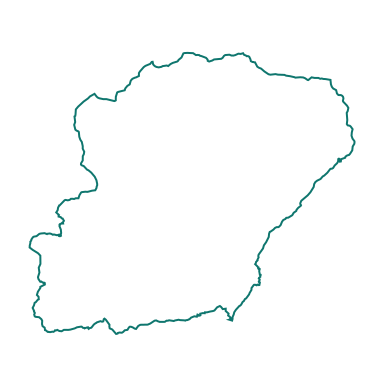 the district of Bucuresci, Hunedoara, Romania, rotated 88°
{"feature_id": "2599482B97237665076165", "entity_name": "Bucuresci", "entity_type": "district", "adm_level": 2, "iso_a3": "ROU", "parent_name": "Romania", "parent_adm1": "Hunedoara", "projection": "albers", "projection_center": [22.958, 46.121], "detail": "fine", "context": "isolated", "style": "outline", "palette": "teal", "viewbox_px": 384, "rotation_deg": 88, "n_neighbors": 0, "source": "geoboundaries", "source_scale": "gbopen_adm2", "svg_char_len": 5960}
<svg xmlns="http://www.w3.org/2000/svg" viewBox="0 0 384 384"><g transform="rotate(88 192 192)"><path d="M262.3,347.8L267.2,347.3L271.7,348.9L273.6,348.5L276.4,346.8L276.5,346.4L276.2,345.8L277.8,343.6L277.4,343.1L277.7,342.4L278.4,342.3L278.8,342.7L279.4,342.4L281.5,346.9L282.7,347.0L286.3,349.5L289.5,350.6L291.3,349.0L293.9,348.9L294.3,349.9L296.7,352.0L297.2,353.1L299.8,353.9L302.3,355.3L305.5,353.9L306.0,354.1L307.4,353.3L309.0,354.0L310.8,353.5L311.3,352.6L311.8,349.2L313.8,347.0L315.4,346.2L318.8,346.5L320.9,346.0L322.4,344.0L324.9,343.7L325.0,343.1L326.7,341.2L326.6,340.9L326.8,340.7L327.1,338.6L326.7,336.3L326.9,335.3L326.1,334.0L325.5,333.8L325.5,332.2L325.1,331.5L326.3,329.4L326.6,327.1L325.3,324.8L325.5,320.6L325.3,318.5L324.2,313.9L323.2,311.7L322.7,307.8L322.7,307.0L324.0,305.6L324.1,304.3L324.5,304.1L323.7,301.6L323.6,300.7L324.5,300.6L325.2,300.0L324.5,299.3L324.1,297.3L321.0,294.7L319.8,293.0L319.5,292.2L319.0,291.7L317.9,288.0L318.5,286.4L318.2,285.2L316.0,284.6L315.5,283.9L316.6,282.6L321.8,279.1L323.5,279.3L325.4,279.0L326.6,276.5L331.2,272.8L330.9,271.3L330.3,271.0L329.9,269.3L330.2,267.0L329.4,265.6L327.9,264.1L327.5,261.3L325.2,259.8L324.5,258.9L324.5,257.8L325.2,256.0L326.5,254.1L326.9,252.7L324.0,250.4L322.9,248.3L323.0,240.9L322.0,238.3L319.3,233.9L319.1,232.3L320.1,230.4L320.7,228.7L320.8,223.7L319.7,221.9L319.8,220.6L319.4,219.4L320.3,214.7L319.8,213.5L319.2,209.8L319.6,208.5L320.0,204.2L320.3,203.2L319.9,202.5L319.8,200.8L319.2,199.7L319.1,199.0L317.5,197.3L316.3,194.0L316.8,191.5L314.7,190.8L314.9,190.3L315.9,190.3L315.8,188.7L315.4,188.7L315.3,187.9L313.9,188.0L313.4,185.4L313.6,183.5L312.7,183.3L312.8,181.2L312.1,178.1L311.7,175.2L311.2,173.7L308.1,170.9L306.9,168.1L308.0,166.8L310.1,165.4L309.8,162.4L312.1,162.5L314.8,159.7L316.7,160.2L317.9,158.7L320.2,157.0L320.2,157.4L319.7,158.2L320.7,158.6L320.9,159.3L321.9,156.4L320.2,155.9L318.3,155.8L315.9,154.6L313.7,154.0L311.2,152.2L307.5,148.6L307.3,147.9L306.3,146.8L303.6,145.2L302.8,144.0L300.9,142.9L300.2,141.6L296.3,138.5L295.0,138.0L291.9,136.0L290.1,135.9L287.2,133.6L286.9,133.2L286.9,132.2L287.5,130.6L286.9,130.0L286.9,129.6L287.4,128.5L287.3,127.9L285.1,127.4L285.1,127.8L284.0,128.4L283.4,128.2L283.1,127.7L281.7,127.4L280.8,128.3L280.1,128.0L279.2,126.7L278.3,126.7L277.3,126.2L277.1,126.3L277.0,127.1L273.4,127.6L271.3,127.0L271.1,127.2L271.4,128.0L270.9,128.4L269.9,128.3L269.9,128.7L269.0,128.9L266.3,131.4L265.6,130.8L264.1,130.4L262.7,128.9L262.3,129.1L259.6,127.7L258.4,128.0L256.9,127.6L250.9,123.0L247.8,122.0L244.8,119.7L239.7,116.9L236.3,116.4L234.6,115.7L234.4,115.0L232.4,111.9L230.8,110.3L230.1,108.7L230.1,106.8L229.8,106.3L228.2,104.6L224.9,103.1L223.2,101.8L222.2,99.6L221.1,98.7L221.0,96.7L218.7,92.6L216.3,91.1L214.6,88.5L213.4,88.1L211.6,86.5L209.6,83.8L209.0,83.5L207.9,84.2L207.0,84.2L204.6,83.1L199.4,76.5L196.4,73.7L191.2,70.2L188.3,69.6L186.4,68.4L185.0,66.5L183.5,63.1L181.0,60.8L180.3,59.4L177.5,56.1L173.9,53.1L173.6,52.5L173.6,51.4L172.9,50.1L170.5,48.5L168.3,46.0L166.6,44.9L164.2,44.7L163.8,44.0L164.3,43.3L166.8,43.1L166.7,42.2L164.4,41.8L163.1,37.7L162.0,37.4L160.9,35.7L160.4,33.7L159.3,32.7L156.0,30.4L152.1,29.8L149.5,28.1L147.6,27.8L146.7,28.0L144.3,29.7L141.3,30.6L138.0,30.2L134.8,29.3L132.1,31.1L131.3,32.0L130.8,34.1L129.5,34.9L125.5,34.3L118.3,34.6L116.6,33.6L113.4,32.8L111.2,34.0L106.9,37.8L106.2,38.0L103.7,37.4L102.2,37.7L101.1,38.5L100.3,39.9L100.2,42.3L98.6,43.7L95.2,44.4L93.5,47.3L91.7,48.6L89.2,49.4L84.8,49.7L83.8,54.6L83.6,56.8L83.1,58.4L83.3,59.9L82.4,61.7L82.3,65.4L81.6,68.5L84.2,71.9L84.1,72.5L82.2,75.1L81.4,76.9L81.1,79.8L81.3,84.8L80.9,85.4L79.7,89.9L79.0,93.9L78.2,95.5L77.7,102.1L77.1,104.4L77.5,109.5L77.0,111.4L74.0,115.5L71.1,118.6L70.1,120.9L69.0,122.4L64.6,124.5L64.6,125.3L64.2,126.1L64.2,127.0L63.3,128.6L61.3,129.0L58.8,130.1L58.1,131.4L58.2,132.6L57.3,133.6L57.0,134.6L56.7,135.2L55.1,136.1L55.7,138.4L55.4,140.9L56.7,144.0L57.1,145.9L57.0,147.8L56.1,149.8L56.3,154.0L57.1,155.3L59.0,156.7L59.9,158.1L60.3,165.3L61.3,167.1L62.2,170.3L61.5,171.7L60.2,171.8L58.4,173.3L56.5,177.8L56.1,179.3L55.5,179.9L55.2,181.5L55.3,183.3L53.3,186.0L52.8,191.9L52.9,194.8L53.2,195.8L57.2,197.8L59.5,200.8L60.6,201.5L61.1,202.2L62.3,206.7L63.4,209.0L65.3,211.4L64.7,212.8L65.2,217.1L65.8,218.0L66.3,220.9L65.8,223.1L65.1,224.5L64.0,225.7L63.0,226.4L60.5,226.8L60.6,227.7L62.5,229.3L64.3,234.1L65.5,235.9L69.8,239.9L71.3,240.9L74.2,241.0L75.5,243.9L75.8,245.2L76.8,247.6L78.0,248.8L78.8,249.4L82.3,250.5L83.7,252.9L86.2,255.1L88.0,255.7L89.4,262.3L89.9,263.3L94.2,264.8L97.8,265.0L98.3,265.9L98.4,266.5L96.2,274.3L96.1,277.4L95.1,281.4L94.3,283.0L93.3,284.0L90.5,286.0L92.9,290.6L94.9,292.7L97.8,297.1L102.7,302.8L105.4,305.2L110.4,305.7L111.9,306.0L112.4,306.8L118.0,306.3L120.8,307.4L125.6,306.4L126.6,305.3L127.5,303.4L128.1,303.0L132.9,302.7L135.8,301.8L138.1,300.4L142.3,299.6L144.9,299.7L148.0,298.3L150.4,298.8L152.4,299.9L156.7,300.1L159.5,301.9L160.7,302.0L161.4,301.4L162.3,299.3L166.0,296.1L166.7,294.7L169.1,292.0L173.3,288.7L176.9,287.1L180.4,286.5L181.9,286.5L183.3,287.1L184.6,287.3L186.9,288.6L187.2,291.9L188.2,296.3L188.0,298.8L188.3,302.2L188.7,302.9L191.3,304.6L194.3,305.7L194.2,308.4L194.9,310.1L194.6,311.4L194.6,313.3L195.6,314.5L196.0,316.4L195.5,318.6L195.8,319.6L201.1,325.1L201.0,325.3L203.0,326.4L205.5,326.9L207.7,328.4L210.3,325.8L210.8,326.2L211.9,326.2L212.5,324.1L213.8,323.1L214.0,322.2L216.3,321.0L217.9,322.1L219.0,321.9L219.0,323.2L218.6,323.3L219.2,324.1L219.5,325.2L219.9,325.5L220.4,325.2L221.3,325.7L225.0,324.4L228.4,324.2L230.3,324.7L232.0,324.3L231.2,324.8L231.6,325.5L231.4,326.4L230.0,326.5L230.5,328.4L229.6,331.5L229.9,332.5L229.0,334.0L228.5,335.5L228.7,338.1L229.0,338.4L228.0,340.8L228.2,344.4L228.5,346.0L230.7,348.9L231.1,351.6L231.7,352.6L233.9,354.2L235.0,354.4L236.0,355.3L237.3,355.3L239.7,356.0L241.8,356.2L244.3,353.2L247.8,348.0L250.3,345.8L258.6,346.0L262.3,347.8Z" fill="none" stroke="#0f766e" stroke-width="2"/></g></svg>